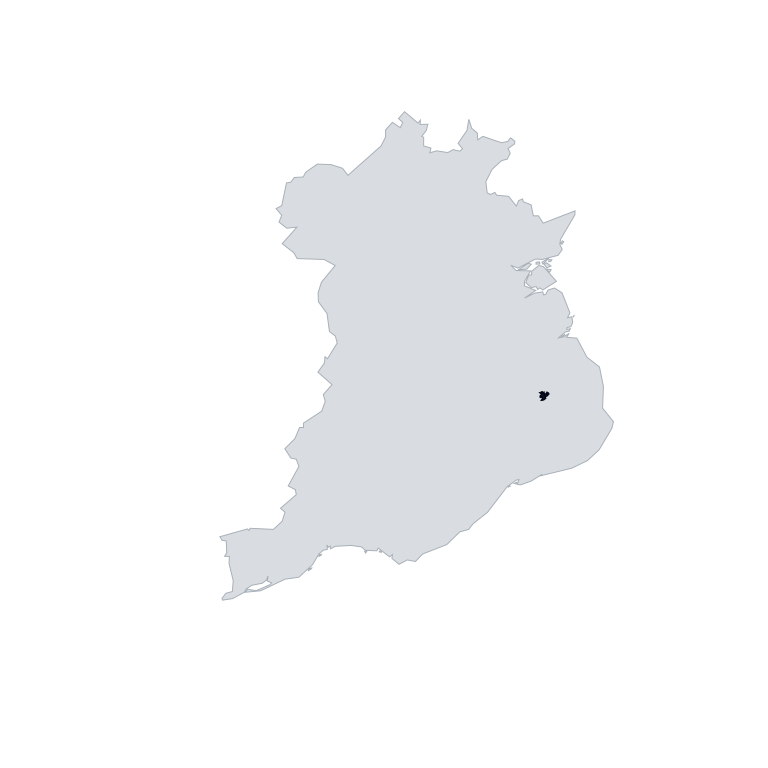 location of Oeiras, Piauí, Brazil, rotated 41°
{"feature_id": "56859067B10450749339831", "entity_name": "Oeiras", "entity_type": "district", "adm_level": 2, "iso_a3": "BRA", "parent_name": "Brazil", "parent_adm1": "Piauí", "projection": "equal_earth", "projection_center": [-42.206, -6.968], "detail": "fine", "context": "in_parent", "style": "filled", "palette": "ink", "viewbox_px": 768, "rotation_deg": 41, "n_neighbors": 0, "source": "geoboundaries", "source_scale": "gbopen_adm2", "svg_char_len": 5420}
<svg xmlns="http://www.w3.org/2000/svg" viewBox="0 0 768 768"><g transform="rotate(41 384 384)"><path d="M252.1,171.8L257.7,178.3L264.7,175.2L266.9,179.4L270.8,173.5L280.3,167.5L282.4,161.8L288.5,158.6L288.9,155.0L282.0,153.7L280.3,138.3L274.4,128.6L282.4,133.5L289.6,133.3L294.6,138.2L296.2,132.2L314.3,124.9L318.3,119.8L318.0,115.2L323.4,114.9L325.0,117.1L323.2,124.9L327.9,127.1L329.5,133.4L326.2,138.3L324.7,151.0L328.1,164.4L336.5,172.1L340.2,171.0L342.0,166.7L345.2,167.6L354.9,160.6L367.1,162.9L365.3,157.2L367.2,153.4L369.5,155.1L377.5,152.3L386.4,159.1L390.2,155.8L398.6,158.2L414.6,128.0L417.1,131.1L422.3,158.9L425.0,163.2L430.3,165.6L430.9,172.7L421.9,186.0L416.3,190.4L409.0,208.6L401.8,211.2L409.3,211.7L420.4,202.5L422.6,214.2L425.6,217.8L437.1,213.8L433.7,226.9L438.2,216.4L443.4,210.3L446.0,212.1L447.2,210.2L446.2,205.4L449.7,199.7L458.6,198.4L477.7,208.4L479.0,213.6L481.7,210.0L486.2,214.0L487.4,218.3L485.1,221.3L486.1,222.9L488.4,220.0L489.0,222.8L486.8,225.7L485.4,234.7L488.4,231.0L490.6,224.3L491.0,229.0L499.5,222.9L519.5,230.6L535.5,229.8L551.2,241.9L564.8,258.8L581.9,261.9L585.1,268.1L589.5,292.5L587.8,308.3L581.0,324.2L562.5,350.4L562.5,348.3L559.0,360.2L553.2,370.6L550.5,372.2L548.5,367.5L546.8,369.9L544.3,381.0L546.3,412.8L542.9,431.0L543.3,438.3L538.2,445.8L536.7,464.0L524.7,486.9L524.2,497.3L517.0,501.5L513.6,510.2L504.3,510.4L502.3,507.1L501.6,510.8L487.3,511.6L488.0,514.6L479.0,521.8L473.9,521.7L464.9,527.6L453.8,538.4L451.7,543.5L449.7,541.6L449.0,543.9L446.4,542.9L449.7,546.0L447.2,549.3L446.4,555.0L448.6,567.3L446.5,585.7L437.4,596.1L426.6,620.9L416.0,632.1L415.6,628.4L423.2,623.8L429.6,610.2L429.7,607.8L425.2,609.3L422.4,604.9L423.9,609.2L422.8,614.3L416.3,622.6L414.4,629.1L415.2,632.8L410.5,645.3L403.9,653.1L402.3,652.0L402.0,645.7L405.7,640.1L399.2,631.3L384.9,621.2L380.5,615.6L376.7,618.6L376.1,614.6L367.9,605.9L364.3,608.2L360.3,606.9L376.1,582.9L378.2,583.1L377.7,580.7L395.9,566.3L397.2,554.4L393.4,545.7L387.4,545.7L390.4,525.1L386.5,521.9L378.6,523.8L373.9,502.1L367.2,498.3L362.3,501.0L351.6,497.9L352.6,483.6L348.8,472.2L351.8,469.6L348.9,466.4L354.8,445.3L351.0,435.6L345.1,431.8L345.2,418.6L326.3,418.4L325.3,407.4L321.6,402.1L324.8,402.0L321.8,383.8L315.8,379.7L308.4,380.2L294.8,368.2L280.6,365.0L274.4,358.4L270.0,348.2L269.4,326.6L257.1,329.3L236.2,346.3L229.8,344.1L215.1,344.9L215.4,322.8L208.4,330.2L198.5,330.7L196.2,323.8L187.5,322.4L189.8,316.5L178.5,296.2L181.3,292.8L180.8,287.0L187.2,280.8L186.0,275.6L189.4,261.8L200.2,253.1L211.2,248.4L219.9,250.2L225.6,206.1L223.1,196.4L218.5,191.2L218.7,181.0L228.1,179.9L226.5,174.3L220.8,174.2L220.9,165.0L238.5,164.8L238.3,161.0L241.0,164.4L246.7,159.2L249.6,165.0L250.0,172.4L252.1,171.8ZM427.2,190.8L446.8,193.4L442.1,208.9L438.6,209.2L437.9,211.9L435.0,210.6L431.9,214.6L424.5,214.6L421.8,206.8L423.8,204.8L421.5,202.1L423.0,193.1L427.2,190.8ZM410.5,209.5L413.6,198.4L416.6,196.9L416.4,203.7L410.5,209.5ZM432.6,185.4L430.7,189.5L426.3,188.6L427.0,185.9L432.6,185.4ZM425.9,180.8L425.2,189.3L423.3,188.4L425.9,180.8ZM435.7,190.8L432.9,191.2L431.6,190.5L435.1,188.0L435.7,190.8ZM423.0,191.1L420.1,193.8L418.9,192.4L421.0,189.9L423.0,191.1ZM428.2,183.6L426.9,181.9L429.2,180.1L429.4,181.8L428.2,183.6ZM426.7,161.7L425.1,162.1L424.7,159.0L426.3,158.8L426.7,161.7ZM449.4,574.9L448.8,572.4L450.1,570.1L450.4,570.7L449.4,574.9ZM480.6,520.7L481.1,523.6L479.1,523.0L480.6,520.7ZM448.1,556.7L447.3,555.2L448.5,553.6L448.9,554.3L448.1,556.7ZM487.9,229.1L486.7,232.3L488.0,227.7L487.9,229.1ZM549.4,372.7L547.5,373.6L548.7,371.1L549.4,372.7ZM492.4,512.8L490.5,513.8L490.1,513.2L491.3,511.9L492.4,512.8ZM546.2,378.4L545.5,380.1L545.0,379.0L546.2,378.4ZM482.7,207.2L482.8,208.9L482.3,208.7L482.7,207.2Z" fill="#d9dde1" stroke="#a8b0b8" stroke-width="1"/><path d="M512.5,283.3L512.6,284.1L512.6,284.3L512.6,284.5L512.7,284.8L512.8,284.8L512.9,285.0L512.9,285.3L512.9,285.5L512.8,285.8L512.8,286.0L512.7,286.2L512.6,286.3L512.6,286.2L512.6,286.3L512.4,286.3L512.5,286.4L512.5,286.5L512.4,286.5L512.2,286.7L512.2,286.8L512.2,287.0L512.2,286.9L512.1,287.0L511.9,287.1L512.0,287.2L511.9,287.2L511.9,287.3L511.8,287.2L511.7,287.2L511.5,286.9L511.6,286.7L511.4,286.5L511.2,286.5L511.0,286.4L511.0,286.2L510.9,285.9L510.9,286.0L510.7,286.1L510.8,286.0L510.7,286.0L510.5,285.9L510.4,285.9L510.3,285.6L510.2,285.8L510.1,286.0L509.9,286.0L509.8,286.3L509.8,286.5L509.5,287.0L509.4,287.0L509.2,287.1L509.1,286.9L509.0,286.7L508.9,286.7L508.7,286.7L508.4,286.5L508.4,286.4L508.3,286.5L508.2,286.5L507.8,287.9L507.5,288.3L507.8,288.3L508.2,288.2L509.2,288.0L509.6,287.9L509.6,288.0L509.7,288.3L509.7,288.5L509.7,289.2L509.8,289.7L509.8,290.4L509.8,290.8L510.8,291.5L510.9,291.4L510.9,291.2L510.9,290.9L511.0,290.9L511.3,290.9L511.5,290.7L511.6,290.4L511.8,290.3L511.9,290.2L512.0,290.1L512.2,289.9L512.3,289.9L513.1,290.6L513.4,292.3L513.5,292.9L513.7,292.7L513.8,292.7L514.0,292.3L514.2,292.1L514.0,291.9L514.6,291.5L514.9,291.0L514.9,290.9L515.0,290.8L515.1,290.1L515.0,289.4L514.9,289.3L515.1,289.1L515.2,288.9L515.3,288.9L515.3,288.7L514.6,288.6L514.4,288.6L514.4,288.4L514.4,288.2L514.2,287.9L514.1,287.7L514.1,287.4L514.2,287.2L514.3,287.0L514.3,286.9L514.4,286.7L514.5,286.6L514.4,286.5L514.5,286.4L514.6,286.2L514.8,286.1L514.9,285.4L514.9,284.7L514.8,283.8L514.8,283.7L514.9,283.4L514.2,283.0L513.6,283.1L513.4,283.3L512.8,283.3L512.7,283.3L512.5,283.3Z" fill="#0f172a" stroke="#020617" stroke-width="1.5"/></g></svg>